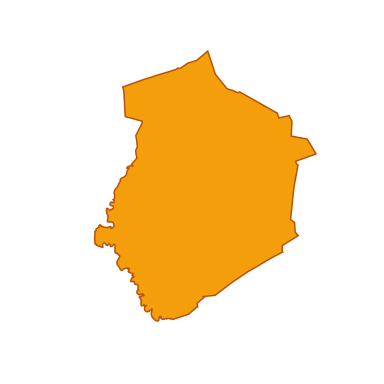 Priekule, Priekules, Latvia, rotated 121°
{"feature_id": "27541924B71923790852793", "entity_name": "Priekule", "entity_type": "district", "adm_level": 2, "iso_a3": "LVA", "parent_name": "Latvia", "parent_adm1": "Priekules", "projection": "orthographic", "projection_center": [21.612, 56.446], "detail": "fine", "context": "isolated", "style": "filled", "palette": "amber", "viewbox_px": 384, "rotation_deg": 121, "n_neighbors": 0, "source": "geoboundaries", "source_scale": "gbopen_adm2", "svg_char_len": 6060}
<svg xmlns="http://www.w3.org/2000/svg" viewBox="0 0 384 384"><g transform="rotate(121 192 192)"><path d="M94.8,268.6L101.7,274.6L105.6,278.2L119.9,290.9L124.9,295.0L137.7,305.5L139.3,303.7L140.3,302.6L140.6,302.4L145.9,298.8L160.4,289.0L161.7,288.0L157.0,271.2L157.9,270.5L158.9,270.3L160.6,270.1L167.2,269.6L172.6,269.2L175.0,267.1L181.3,262.2L181.6,262.1L182.7,262.0L185.5,261.6L189.1,258.8L191.1,256.7L195.4,257.4L199.1,258.0L199.6,258.1L200.2,256.3L200.9,257.6L202.4,259.4L203.6,260.2L204.5,260.4L205.1,260.1L204.2,258.4L205.3,258.5L207.7,258.3L210.3,257.4L211.7,257.2L213.6,257.7L215.6,259.0L216.8,259.8L217.9,260.1L218.5,259.7L219.2,259.2L220.1,259.0L220.4,259.0L221.3,259.1L222.8,259.0L224.9,258.7L226.1,258.7L227.4,258.8L228.9,259.2L230.6,259.1L232.1,258.6L233.5,257.9L234.7,256.5L236.0,256.0L237.4,255.0L238.1,255.0L238.8,255.6L239.1,255.8L239.2,255.7L239.4,255.0L239.8,254.1L240.2,253.7L240.5,253.6L240.8,253.6L241.3,253.8L241.6,254.2L241.8,254.6L241.8,255.2L241.9,255.6L242.3,256.0L242.9,256.4L243.3,256.4L244.5,256.2L245.0,255.8L245.2,255.4L245.1,254.9L245.2,254.4L245.3,253.8L245.1,253.4L244.9,252.7L244.9,252.2L245.0,251.7L245.3,251.4L245.8,251.2L246.7,251.2L247.5,251.3L248.0,251.6L248.3,252.2L248.5,252.6L249.2,252.5L249.7,252.6L250.2,252.9L250.3,253.2L250.1,254.1L249.6,255.0L249.6,255.3L249.7,256.3L249.9,256.5L250.5,256.3L252.3,255.8L252.6,255.5L252.9,254.6L253.9,254.2L254.5,253.7L255.0,252.4L255.8,251.6L256.2,251.5L256.6,251.5L256.9,251.0L257.4,250.5L259.4,250.0L260.0,249.8L261.0,249.3L261.0,249.1L261.0,248.8L260.6,248.2L260.4,247.6L259.1,245.7L259.0,244.7L259.0,243.9L259.2,243.4L259.7,242.7L260.8,241.6L261.2,241.4L262.8,241.4L264.2,241.8L264.6,242.1L264.7,242.4L264.7,242.9L264.5,243.2L264.2,243.3L263.9,243.4L263.7,243.4L263.6,243.8L263.6,244.1L263.9,244.5L264.8,245.2L265.5,245.6L266.0,246.2L266.5,247.2L266.7,247.9L267.4,249.2L267.6,249.8L267.6,250.3L267.5,250.6L267.5,250.9L267.6,251.2L268.1,251.6L268.3,251.9L268.3,252.2L268.1,252.6L267.7,252.7L267.5,252.8L267.4,253.2L267.5,253.7L267.8,254.2L268.2,254.4L268.7,254.5L269.0,254.4L269.5,253.9L269.9,253.6L270.2,253.5L270.6,253.8L271.0,254.2L271.7,254.4L272.3,254.9L273.5,255.0L274.5,254.4L276.0,254.9L279.2,252.8L281.9,251.7L284.4,249.6L285.3,249.4L286.6,247.9L286.1,246.8L286.8,246.2L286.5,243.9L285.7,243.0L285.9,241.4L285.7,240.3L285.4,240.0L282.7,241.7L281.7,241.5L281.0,241.1L280.7,240.1L281.2,238.9L281.6,237.9L281.3,236.9L280.4,236.6L279.3,236.5L278.8,235.7L279.4,234.9L280.3,234.4L280.6,233.7L279.7,232.7L278.8,232.3L277.9,232.2L277.1,232.1L277.0,231.5L277.4,230.5L279.0,229.5L282.9,227.3L283.6,226.4L283.6,225.6L283.0,224.7L283.2,223.8L283.7,223.0L283.8,222.0L284.0,220.9L284.6,220.6L285.5,220.7L286.8,220.5L287.4,220.3L288.1,220.5L288.8,220.5L289.7,220.4L290.7,220.4L291.9,219.4L292.8,218.5L293.9,215.6L295.4,213.4L295.6,212.2L294.7,211.3L293.2,211.1L290.3,208.1L290.0,207.4L290.1,206.5L291.0,207.1L291.4,206.4L291.2,205.8L291.7,205.4L292.1,205.4L292.8,205.8L293.2,205.4L293.2,203.7L292.9,203.1L292.5,201.9L292.4,201.7L292.6,200.0L292.9,200.1L293.6,200.5L294.2,200.5L294.5,200.3L294.6,200.1L294.6,199.7L294.4,199.1L294.4,198.7L294.5,198.4L294.6,198.2L294.8,198.2L295.0,198.2L295.3,198.4L295.9,198.9L296.2,199.1L296.6,199.3L297.0,199.4L297.3,199.3L297.9,199.0L298.4,199.0L299.2,199.1L299.8,198.6L300.2,198.2L300.2,197.8L299.6,197.2L298.6,195.7L299.0,194.9L299.4,194.8L300.4,193.5L300.3,193.2L300.0,193.0L299.9,192.6L300.0,192.3L299.9,192.0L299.8,191.7L299.6,191.4L299.3,191.2L299.3,190.8L299.6,190.6L299.8,190.3L300.1,190.1L300.2,189.9L300.4,189.7L300.8,189.6L300.9,189.4L301.2,189.3L301.4,188.9L302.4,188.7L302.8,188.5L303.5,187.3L304.4,188.0L304.8,188.1L305.4,188.0L306.5,187.5L306.7,187.3L306.9,187.1L307.1,186.1L307.3,185.7L307.5,185.0L307.3,184.7L307.2,184.2L306.3,183.7L306.1,183.3L305.8,183.2L305.6,182.9L305.2,182.7L304.9,182.3L305.1,181.6L305.0,181.1L305.3,180.0L305.8,179.9L306.0,180.3L306.3,180.6L306.5,180.9L306.9,181.7L307.4,181.9L307.8,181.9L308.0,182.7L308.3,182.7L309.2,183.1L309.4,183.0L309.5,182.9L309.6,182.4L310.2,180.8L310.4,180.6L310.9,180.2L311.2,179.4L311.9,179.3L312.3,179.1L312.4,178.9L312.7,178.7L313.4,178.6L313.7,178.3L314.6,177.5L315.0,177.5L315.1,177.4L315.3,177.2L315.4,176.8L315.3,176.2L315.0,175.8L314.8,175.6L314.4,175.2L314.0,175.2L313.6,175.0L313.6,174.7L313.8,174.3L313.6,174.0L313.5,173.7L313.0,173.0L313.9,173.1L314.7,173.4L315.3,173.1L317.0,172.3L317.6,171.7L317.9,170.6L318.0,170.1L317.9,169.2L316.8,167.4L316.3,167.2L316.1,167.4L314.7,166.8L313.3,166.2L313.9,165.8L313.6,165.6L315.5,164.9L317.7,164.1L317.8,163.9L319.0,162.8L319.3,162.1L319.9,161.3L319.9,161.1L320.8,157.6L320.9,156.5L320.3,155.0L319.7,154.6L319.2,154.4L318.9,154.7L318.5,154.8L318.1,155.0L317.5,155.0L317.0,155.1L316.1,155.5L315.8,155.4L315.6,155.4L315.4,155.3L315.0,155.2L314.7,154.7L315.1,154.5L315.6,154.5L315.8,153.5L316.2,153.5L316.2,153.3L316.2,152.9L316.3,151.4L315.7,150.7L314.3,149.7L314.1,149.6L313.9,148.3L313.6,148.2L312.8,147.6L312.0,146.3L311.6,145.0L311.8,145.0L311.4,144.4L311.4,143.8L311.0,143.0L311.1,142.8L308.9,141.0L303.5,136.2L298.4,131.9L288.5,128.7L288.3,128.6L287.7,127.9L284.8,130.2L284.6,130.2L276.5,127.5L275.9,127.3L275.7,128.4L268.7,119.0L253.7,113.1L250.0,111.6L233.9,104.2L232.9,103.8L223.2,98.4L207.1,89.7L206.8,89.5L197.8,84.0L197.6,83.9L196.9,83.4L196.9,83.5L195.4,84.7L192.7,86.4L191.7,86.9L191.1,86.8L177.2,79.8L174.6,78.5L173.3,82.9L165.4,88.3L165.1,90.2L165.1,90.7L164.8,93.4L154.8,98.0L146.0,102.2L138.4,105.7L133.5,107.8L114.3,115.0L114.3,115.3L114.4,116.5L112.3,119.0L101.6,110.3L96.4,106.0L95.5,105.3L90.4,114.6L87.6,120.1L87.3,120.5L88.8,124.5L89.7,126.9L90.5,129.0L91.9,133.0L92.9,135.8L92.5,136.0L80.0,142.7L77.5,146.7L76.5,148.0L79.6,151.3L79.9,151.6L80.5,152.3L80.8,152.6L83.3,155.2L83.8,155.6L80.5,159.5L80.9,173.7L81.2,174.2L81.7,174.9L80.9,174.5L80.9,175.0L81.7,202.7L83.4,204.0L84.1,210.0L84.3,210.0L84.5,211.2L84.9,212.7L85.1,214.0L85.5,215.1L79.0,232.7L75.2,237.0L70.3,242.7L63.1,251.1L76.9,255.8L83.9,262.1L92.1,265.7L93.3,268.2L94.8,268.6Z" fill="#f59e0b" stroke="#b45309" stroke-width="1.5"/></g></svg>